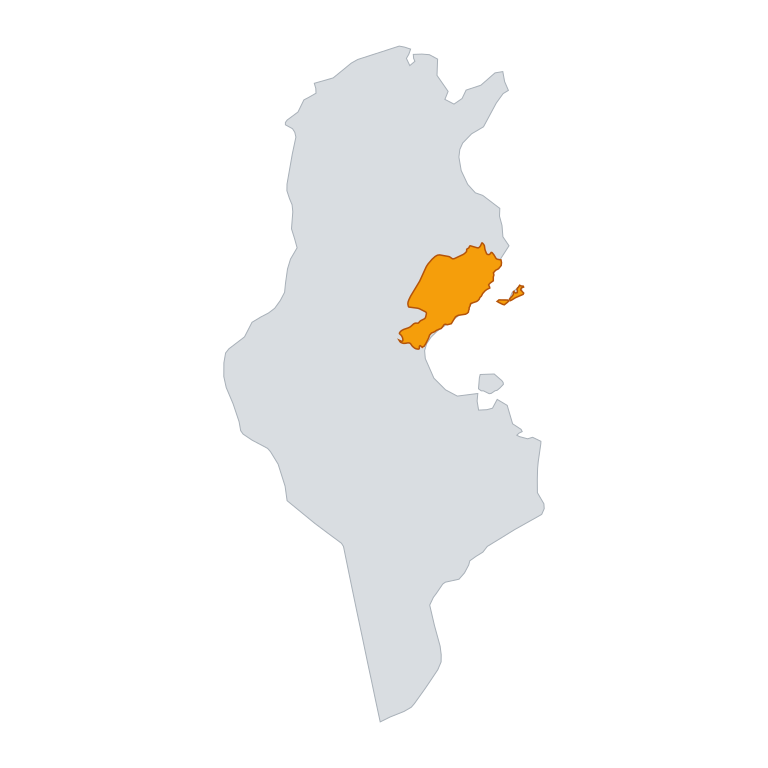 where Sfax sits in Tunisia
{"feature_id": "TUN-114", "entity_name": "Sfax", "entity_type": "Governorate", "adm_level": 1, "iso_a3": "TUN", "parent_name": "Tunisia", "parent_adm1": "", "projection": "albers", "projection_center": [10.434, 34.714], "detail": "fine", "context": "in_parent", "style": "filled", "palette": "amber", "viewbox_px": 768, "rotation_deg": 0, "n_neighbors": 0, "source": "natural_earth", "source_scale": "10m", "svg_char_len": 5531}
<svg xmlns="http://www.w3.org/2000/svg" viewBox="0 0 768 768"><path d="M540.9,441.3L540.8,443.8L538.2,461.9L537.6,468.4L537.3,479.4L537.4,492.7L543.9,503.8L544.2,508.7L541.7,514.4L530.0,521.0L514.8,529.5L501.7,537.6L487.3,546.4L482.9,552.1L475.8,556.5L469.8,560.8L468.7,565.0L464.5,572.9L459.0,579.2L445.3,582.2L442.7,584.1L436.3,593.5L433.4,597.3L429.7,605.1L434.4,625.3L440.1,646.1L441.2,654.7L441.1,661.9L437.8,669.7L430.4,680.8L424.9,688.9L414.4,703.6L411.3,707.2L404.1,711.4L390.1,717.0L380.2,721.9L375.4,699.5L371.4,680.3L368.0,664.5L362.2,636.7L357.2,613.1L352.3,589.5L347.9,568.1L343.5,546.5L341.5,543.3L327.6,533.0L314.8,523.4L301.5,512.5L287.1,500.7L285.1,486.2L278.1,464.1L270.5,451.7L267.6,448.4L252.0,440.1L243.1,434.1L240.7,430.7L239.1,421.7L233.1,403.8L226.2,387.5L223.8,376.5L223.9,362.8L225.6,353.0L228.9,348.8L244.5,336.9L252.0,322.3L260.8,317.0L268.5,313.0L274.7,308.3L280.3,300.5L284.6,292.3L285.5,283.3L287.5,269.0L290.5,259.1L297.1,247.8L294.6,238.7L291.5,228.8L292.8,211.8L292.1,204.8L289.5,198.6L286.9,190.7L287.0,184.2L290.0,167.1L292.3,154.0L295.9,137.1L294.8,132.3L292.5,128.7L285.4,124.8L285.4,122.5L287.2,120.0L298.0,112.0L303.9,99.9L308.7,97.4L316.0,93.2L315.8,88.4L314.3,83.3L333.2,77.9L351.3,63.1L357.7,59.5L399.2,46.1L404.5,47.1L410.6,49.1L408.8,54.3L406.4,58.4L409.8,65.6L414.9,61.3L413.6,58.3L413.3,54.4L421.9,54.1L429.4,54.7L437.6,59.1L437.0,75.4L448.1,91.4L444.9,99.4L454.0,104.1L462.1,98.5L466.1,90.1L480.9,85.2L495.0,72.9L502.8,71.6L504.6,81.6L508.4,90.4L503.1,93.6L496.3,103.0L483.5,126.8L471.6,133.8L462.7,143.0L459.8,149.5L458.9,157.1L461.2,170.6L467.7,184.4L475.3,192.8L482.7,195.4L499.8,208.4L499.5,216.2L502.0,225.5L502.9,236.8L509.0,245.8L496.3,265.5L489.4,279.8L475.8,299.4L463.6,312.2L437.3,331.0L430.9,337.3L426.6,343.8L424.6,350.6L425.3,358.6L433.9,378.2L445.5,389.8L457.3,396.1L477.8,393.5L477.1,401.1L478.6,410.1L486.9,409.7L492.5,408.2L497.2,399.4L507.2,405.4L512.6,423.8L521.1,429.4L522.2,431.6L519.2,433.0L516.8,435.2L519.4,436.6L527.6,438.8L532.6,437.3L540.9,441.3ZM497.1,390.3L495.0,390.8L491.2,393.4L489.2,393.7L483.4,390.8L481.2,390.8L478.5,388.8L479.4,377.7L480.2,374.5L494.2,374.0L501.8,380.6L503.1,382.4L503.4,384.3L499.9,388.0L497.1,390.3ZM521.6,292.0L509.6,298.9L511.9,292.9L519.8,285.7L521.8,287.4L521.6,292.0Z" fill="#d9dde1" stroke="#a8b0b8" stroke-width="1"/><path d="M501.0,259.9L501.5,262.6L501.2,265.5L498.5,268.8L495.6,270.3L493.4,272.8L493.9,275.0L493.3,277.0L493.3,280.8L490.1,283.1L489.4,283.9L489.0,284.3L488.6,284.9L489.5,286.7L489.8,288.0L487.0,289.4L485.1,290.8L482.6,293.6L481.4,296.1L479.9,297.5L479.2,299.2L477.8,300.7L476.6,301.5L471.3,303.3L470.6,303.7L470.3,304.4L470.2,305.4L469.8,306.5L469.2,307.5L469.1,309.4L468.6,310.5L468.4,312.1L467.2,313.3L465.5,314.2L458.2,315.3L455.5,316.8L451.3,323.7L447.5,324.7L446.8,324.7L446.0,324.3L445.2,324.2L444.2,324.6L443.7,325.1L443.4,325.7L441.7,327.9L441.0,328.6L440.0,328.8L436.2,330.5L434.7,331.7L431.5,333.0L429.6,335.0L428.6,338.0L425.8,343.6L424.1,346.3L423.0,346.7L422.3,347.4L420.6,345.9L420.4,345.7L420.2,345.7L419.9,345.7L419.5,346.1L419.4,346.5L419.3,346.9L419.4,348.0L419.3,348.4L419.2,348.7L418.9,349.0L418.5,349.1L417.8,349.1L416.0,348.8L414.6,348.1L413.2,347.0L412.0,345.8L411.0,344.3L410.4,343.5L409.8,343.2L409.1,342.9L407.8,342.9L407.1,343.0L405.7,343.3L404.0,343.4L403.6,343.4L402.7,343.2L401.4,342.7L400.6,342.3L399.9,341.6L399.0,340.1L400.6,340.9L401.2,341.2L401.5,341.2L401.8,341.2L402.2,341.2L402.5,341.0L402.8,340.7L402.9,340.1L402.8,339.1L402.7,338.5L402.6,338.0L402.0,336.6L401.6,335.9L401.1,335.2L399.8,334.0L399.5,333.7L399.4,333.4L399.5,332.9L399.8,332.4L400.5,331.5L401.5,330.6L403.7,329.4L408.4,327.8L410.0,327.0L410.7,326.5L413.6,323.9L414.2,323.6L414.8,323.3L415.1,323.2L415.9,323.1L417.6,323.2L418.0,323.1L418.4,323.0L418.7,322.7L419.9,321.3L420.6,320.7L424.4,318.8L424.7,318.5L425.0,318.2L425.3,317.9L425.5,317.4L425.7,316.8L426.1,315.2L426.4,313.5L426.4,313.1L426.3,312.7L425.9,312.2L425.6,311.9L419.3,308.7L417.6,308.2L409.1,307.1L408.8,307.0L408.6,306.8L408.5,306.5L408.3,306.2L407.9,304.2L407.9,303.3L408.1,301.9L408.4,301.1L408.9,299.7L410.7,296.0L419.7,281.1L425.9,267.5L426.5,266.3L428.0,264.0L432.0,259.3L435.1,256.5L436.8,255.5L437.8,255.1L439.7,254.9L448.6,256.5L449.3,256.7L449.7,256.9L451.9,258.4L452.5,258.8L452.9,258.8L453.5,258.8L454.6,258.5L463.3,254.4L464.8,253.3L466.1,252.0L466.4,251.7L466.5,251.4L466.6,251.1L466.7,250.9L466.6,250.3L466.6,249.9L466.7,249.6L466.8,249.2L467.0,249.0L468.5,248.1L468.8,247.8L469.1,247.5L469.2,247.1L469.4,246.5L469.6,246.2L469.8,246.0L470.1,245.8L470.4,245.8L477.3,247.8L478.3,247.9L479.1,247.4L479.5,247.1L479.8,246.7L480.1,246.4L480.6,245.6L481.8,243.0L482.1,242.9L482.6,243.2L483.6,244.3L484.1,245.1L484.4,245.7L484.9,249.1L485.2,250.2L486.3,253.0L486.7,253.8L487.2,254.2L487.8,254.5L488.9,254.6L489.5,254.4L489.9,254.1L490.9,252.8L491.2,252.4L491.6,252.4L492.2,252.7L493.0,253.7L493.9,254.8L496.1,258.5L497.2,259.2L500.8,259.9L501.0,259.9ZM520.7,290.1L521.4,290.4L521.8,291.1L523.7,293.1L523.1,294.4L515.5,297.7L511.6,300.1L510.2,300.7L509.5,299.1L510.6,297.8L511.9,296.5L513.3,294.5L513.4,293.1L513.4,292.5L513.4,291.7L514.0,291.3L514.2,292.2L515.4,293.0L517.3,292.6L517.4,290.5L516.9,289.4L517.5,288.1L518.4,287.2L519.0,286.2L519.7,285.2L521.0,285.9L523.3,286.2L523.6,287.1L521.6,287.8L521.3,288.4L520.8,289.0L520.7,290.1ZM497.1,301.4L497.9,300.8L498.9,299.9L507.9,300.0L508.6,301.1L507.5,302.3L504.3,304.8L502.8,304.4L501.3,303.7L498.7,302.4L497.1,301.4Z" fill="#f59e0b" stroke="#b45309" stroke-width="1.5"/></svg>